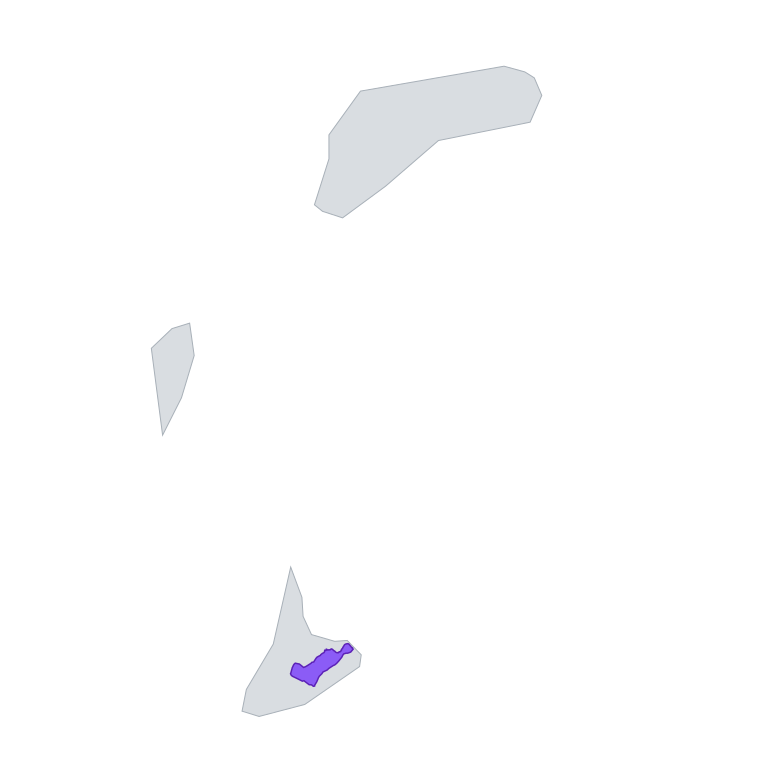 Ouani, Andjouân, Comoros shown in context, rotated 75°
{"feature_id": "10938185B16418977449415", "entity_name": "Ouani", "entity_type": "district", "adm_level": 2, "iso_a3": "COM", "parent_name": "Comoros", "parent_adm1": "Andjouân", "projection": "mercator", "projection_center": [44.433, -12.159], "detail": "fine", "context": "in_parent", "style": "filled", "palette": "violet", "viewbox_px": 768, "rotation_deg": 75, "n_neighbors": 0, "source": "geoboundaries", "source_scale": "gbopen_adm2", "svg_char_len": 3233}
<svg xmlns="http://www.w3.org/2000/svg" viewBox="0 0 768 768"><g transform="rotate(75 384 384)"><path d="M201.3,398.7L192.9,404.8L152.3,378.9L129.1,372.7L95.0,330.9L108.1,185.8L119.0,167.2L127.2,159.6L146.1,156.9L168.9,175.1L162.9,268.4L193.3,331.2L212.8,381.0L201.3,398.7ZM650.6,480.7L673.0,543.4L672.8,590.7L663.3,605.8L643.4,596.0L606.6,558.3L536.7,521.5L568.8,518.5L587.5,522.3L607.3,518.9L619.8,498.2L622.2,485.9L639.7,476.1L650.6,480.7ZM344.9,583.2L376.1,611.1L289.3,599.5L275.6,574.4L274.9,556.0L307.4,560.0L344.9,583.2Z" fill="#d9dde1" stroke="#a8b0b8" stroke-width="1"/><path d="M632.2,482.5L631.7,482.6L631.4,482.6L631.2,482.6L630.9,482.7L631.0,482.9L630.8,483.1L630.6,483.2L630.2,483.3L629.8,483.5L629.6,483.6L629.4,483.7L629.3,483.8L629.1,483.9L628.7,484.0L628.2,484.2L628.1,484.3L627.9,484.5L627.7,484.5L627.2,484.8L626.9,484.8L626.6,484.9L626.3,485.1L626.2,485.2L626.1,485.3L626.0,485.5L625.9,485.6L625.7,485.7L625.6,485.9L625.5,486.0L625.4,486.3L625.4,486.6L625.3,486.9L625.3,487.2L625.3,487.4L625.3,488.2L625.3,488.6L625.4,488.9L625.5,489.2L625.7,489.7L625.8,489.8L626.1,490.1L626.4,490.4L626.5,490.5L626.8,490.8L627.0,491.1L627.2,491.3L627.3,491.4L627.4,491.5L627.6,491.6L627.8,491.9L627.9,492.0L628.0,492.1L628.3,492.2L628.4,492.3L628.5,492.4L628.6,492.6L628.8,492.9L628.9,493.1L629.0,493.3L629.3,493.5L629.4,493.8L629.5,493.8L629.8,493.9L630.0,493.9L630.1,494.0L630.2,494.3L630.3,494.4L630.5,494.4L630.6,494.5L630.8,494.7L630.8,494.9L630.8,495.0L631.0,495.3L631.2,495.5L631.2,495.8L631.3,496.0L631.2,496.1L631.1,496.3L631.3,496.5L631.3,496.8L631.3,497.1L631.3,497.3L631.7,497.6L631.7,497.8L631.7,498.0L631.5,498.3L631.4,498.5L631.4,498.8L631.3,499.0L631.2,499.3L630.8,499.8L630.7,499.9L630.6,500.0L630.4,500.1L630.2,500.2L630.1,500.3L629.9,500.5L629.4,500.6L629.2,500.8L629.0,501.1L628.8,501.2L628.7,501.4L628.5,501.5L628.3,501.7L628.1,501.8L627.9,501.9L627.8,502.0L627.5,502.1L627.2,502.3L627.0,502.5L626.8,502.7L626.6,502.8L626.5,503.0L626.4,503.1L626.3,503.3L626.3,503.5L626.4,503.9L626.4,504.1L626.5,504.3L626.7,504.6L626.8,504.8L626.8,505.0L626.7,505.2L626.7,505.4L626.6,505.7L626.5,505.9L626.6,506.1L626.5,506.4L626.4,506.6L626.4,506.8L626.3,507.0L626.2,507.2L626.2,507.3L626.3,507.4L626.3,507.5L626.2,507.6L626.1,507.8L625.8,508.0L625.7,508.0L625.4,508.0L625.2,508.4L625.3,508.5L625.5,508.6L625.8,508.9L626.1,508.9L626.3,509.0L626.3,509.3L626.1,509.8L625.9,510.2L627.1,510.7L627.9,511.4L628.3,513.4L629.2,515.3L629.7,515.7L630.0,517.4L630.5,519.4L631.4,520.7L632.5,521.9L633.7,523.2L634.3,523.8L634.2,525.9L634.9,526.8L635.5,528.8L636.2,531.0L636.7,532.8L637.0,535.0L632.6,538.2L631.4,540.6L630.7,542.0L631.4,543.4L632.3,544.4L633.5,545.3L634.2,546.0L635.3,546.6L636.4,547.3L638.9,548.7L639.7,549.3L641.5,548.9L642.7,548.0L645.0,545.3L647.2,542.8L649.9,539.8L649.9,538.1L652.7,536.0L655.1,534.1L655.8,531.9L657.7,530.5L657.8,529.2L656.9,528.8L654.2,526.0L651.9,524.2L650.9,523.5L649.4,522.0L649.2,521.5L648.2,519.8L647.7,518.9L646.7,517.9L646.3,517.2L645.6,513.0L644.4,510.8L642.8,505.9L642.6,504.3L641.6,502.1L639.8,499.3L638.1,497.0L637.0,495.5L635.2,493.9L634.3,492.8L634.2,490.4L634.6,488.8L634.5,487.1L634.3,485.5L632.9,483.5L632.2,482.5Z" fill="#8b5cf6" stroke="#5b21b6" stroke-width="1.5"/></g></svg>